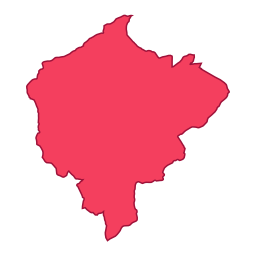 Sutatausa, Cundinamarca, Colombia (Albers equal-area conic projection)
{"feature_id": "7082276B12130404370303", "entity_name": "Sutatausa", "entity_type": "district", "adm_level": 2, "iso_a3": "COL", "parent_name": "Colombia", "parent_adm1": "Cundinamarca", "projection": "albers", "projection_center": [-73.854, 5.238], "detail": "fine", "context": "isolated", "style": "filled", "palette": "rose", "viewbox_px": 256, "rotation_deg": 0, "n_neighbors": 0, "source": "geoboundaries", "source_scale": "gbopen_adm2", "svg_char_len": 5697}
<svg xmlns="http://www.w3.org/2000/svg" viewBox="0 0 256 256"><path d="M225.0,83.5L224.6,82.9L220.3,79.8L214.9,77.0L201.9,69.5L201.4,69.3L201.6,69.0L201.2,68.6L199.3,67.5L201.3,63.3L196.4,63.7L194.6,63.7L192.9,64.1L192.3,64.1L190.4,64.4L190.2,64.3L190.7,63.1L191.9,62.8L193.4,60.9L193.4,60.6L193.6,59.6L193.9,58.6L194.1,57.8L194.2,57.6L194.3,57.2L194.2,55.5L194.1,54.9L193.1,55.0L190.4,54.3L188.8,54.4L187.7,55.3L186.6,55.9L184.5,56.4L183.7,56.8L183.2,57.2L182.9,57.6L181.7,59.8L179.7,62.0L178.1,63.0L173.4,66.6L172.1,66.9L172.1,61.7L172.2,57.4L172.1,56.2L170.5,55.4L168.5,55.5L165.7,56.3L162.5,56.9L159.8,58.0L159.2,58.0L158.7,57.8L158.2,57.3L157.4,56.3L156.6,55.0L155.0,52.7L154.3,52.2L153.5,51.9L152.1,51.8L151.3,51.2L150.6,50.9L149.3,50.6L148.1,50.6L146.3,51.2L145.4,51.0L143.1,49.7L142.8,49.5L142.5,49.5L141.9,49.2L141.6,48.7L141.3,48.4L138.9,47.3L138.0,46.7L137.3,46.2L135.9,44.5L134.6,43.3L134.3,42.9L134.0,42.5L132.7,41.5L131.5,40.0L127.7,35.8L127.1,35.0L126.9,34.5L126.9,33.1L126.3,29.3L126.4,26.5L126.6,25.2L127.5,23.0L127.9,22.4L128.8,21.6L129.1,21.0L129.3,18.9L130.0,18.1L130.2,17.5L130.5,17.2L131.0,16.1L131.8,15.6L131.0,15.5L129.8,15.7L127.9,16.3L126.8,16.1L125.1,15.4L124.3,15.4L123.7,15.5L120.6,17.1L118.4,17.9L116.2,18.9L115.8,19.3L115.2,20.2L113.8,21.9L110.9,23.6L110.1,23.9L109.2,24.0L107.5,24.0L107.0,24.1L104.1,25.7L104.0,28.3L103.2,31.0L103.2,31.6L103.5,32.5L103.4,32.9L103.2,33.1L102.4,33.2L101.5,33.1L96.8,34.6L95.2,35.5L93.1,36.9L92.2,37.3L91.5,37.8L89.7,38.5L89.3,38.8L88.4,39.9L87.4,40.8L86.7,41.5L84.9,42.7L84.4,43.1L83.6,44.3L83.4,44.9L83.4,45.9L82.9,46.0L82.3,46.5L80.9,47.3L79.3,47.5L78.7,47.7L77.4,48.4L76.3,49.1L75.7,50.0L75.2,50.5L73.7,51.0L72.6,51.5L70.9,52.8L70.0,53.7L64.2,56.5L60.8,57.0L59.1,57.4L57.0,57.4L55.5,57.6L55.1,57.8L52.4,60.1L50.9,60.8L49.4,61.1L47.4,61.1L44.6,61.6L43.9,61.8L42.9,62.4L42.4,63.0L42.2,63.6L42.9,65.6L43.2,66.9L43.3,67.7L43.1,68.3L42.6,68.8L42.1,69.0L40.7,69.3L40.3,69.5L38.9,70.9L38.8,73.1L38.6,73.5L38.2,73.8L37.6,74.9L37.3,76.6L37.1,78.3L36.7,78.8L36.4,78.9L34.6,79.0L32.9,79.6L32.2,80.0L30.3,81.8L27.7,84.7L26.8,86.2L26.8,87.0L26.9,88.4L27.2,89.8L27.2,91.8L27.3,92.9L29.0,96.0L29.2,97.1L29.7,97.6L30.2,97.9L30.4,98.7L31.0,98.7L31.7,99.0L34.0,99.9L34.8,101.4L35.5,102.9L36.6,106.0L37.7,108.4L38.0,109.3L37.9,111.5L38.1,112.4L38.6,113.1L38.6,113.4L38.5,115.7L38.6,118.1L38.3,122.7L38.6,122.8L38.9,123.3L39.1,124.0L38.4,125.6L38.4,126.0L38.2,126.8L38.2,127.2L38.5,128.1L38.4,129.9L39.3,131.2L39.6,131.7L39.7,132.3L39.4,132.8L38.0,133.2L37.8,133.4L36.7,135.6L36.1,137.3L36.0,138.2L36.5,140.0L36.8,142.3L36.8,144.0L36.9,144.4L37.3,144.7L38.8,145.4L39.7,145.9L40.1,146.3L41.3,148.2L42.3,150.1L42.7,151.0L43.0,152.2L43.0,153.9L42.9,155.2L42.3,157.3L43.5,158.9L44.9,161.2L45.7,162.0L46.6,162.6L46.9,162.7L49.2,162.8L51.5,163.2L52.9,164.6L53.8,165.7L54.6,166.5L55.2,167.4L56.1,168.3L56.2,168.6L56.7,173.2L57.0,174.2L57.2,174.4L58.0,175.0L60.1,175.7L62.2,176.8L63.1,177.1L63.9,177.0L64.4,176.8L66.6,175.4L67.4,173.0L67.7,172.4L68.1,171.8L68.8,171.1L70.7,173.3L71.9,174.5L73.6,175.9L75.5,178.6L76.3,178.9L78.0,178.9L78.5,179.1L80.1,179.3L81.7,179.8L82.9,179.7L82.2,180.6L80.3,181.9L79.6,183.0L79.3,183.3L78.0,183.8L77.2,184.3L77.0,184.6L76.8,185.1L76.9,185.5L77.1,185.9L77.8,186.4L81.8,194.8L82.4,196.4L82.6,197.4L83.9,198.0L84.0,198.3L84.1,199.2L84.0,199.7L83.4,201.0L83.1,202.6L82.5,206.2L82.4,208.4L85.2,207.7L86.8,209.5L90.3,212.2L91.0,212.5L92.0,212.7L93.0,212.5L95.3,214.9L97.3,215.0L97.4,214.8L98.3,213.6L99.0,213.4L100.1,213.3L101.3,213.0L102.4,212.5L103.5,211.6L103.4,212.8L103.5,215.2L104.3,217.0L104.7,219.8L105.5,221.8L105.6,223.8L106.6,225.7L106.0,229.1L105.3,232.6L105.4,234.6L105.9,237.7L106.7,239.1L107.5,240.6L109.9,238.9L115.3,236.2L116.4,235.2L117.2,234.4L119.0,232.2L120.2,230.5L121.1,228.4L122.2,226.9L122.8,226.4L123.6,226.0L124.5,225.8L128.4,225.6L129.3,225.3L130.1,224.9L131.9,223.1L133.0,222.4L136.0,221.1L136.9,220.3L137.2,219.3L137.2,217.3L136.4,213.9L136.4,213.5L136.6,212.8L137.0,212.2L137.0,211.1L136.6,210.0L135.5,209.3L134.8,208.0L134.2,205.4L134.0,202.7L134.5,201.0L134.7,199.7L134.6,198.8L134.2,197.5L134.2,195.6L134.5,193.9L134.3,191.5L134.4,190.3L135.0,189.1L135.2,185.8L135.3,185.1L135.5,184.4L136.1,183.0L136.6,182.5L137.2,182.1L138.3,181.7L139.4,182.0L142.2,183.3L142.8,183.3L144.5,182.6L145.4,182.4L146.5,182.3L149.9,182.4L151.3,182.3L152.6,181.7L154.5,180.4L155.0,180.3L155.6,180.4L156.1,180.8L156.4,180.9L159.8,180.5L161.5,180.4L162.4,180.2L163.2,179.6L163.3,179.2L163.2,178.5L162.9,178.1L162.8,177.7L162.8,177.1L163.1,176.5L164.2,175.4L164.3,174.9L164.3,174.4L162.7,172.4L162.7,172.2L163.8,169.4L164.4,168.1L164.9,167.5L166.5,166.1L167.7,165.2L172.5,162.8L172.8,162.3L173.2,161.4L173.5,161.1L174.3,160.6L175.6,160.6L177.0,159.7L177.8,159.5L178.5,159.7L179.3,160.4L179.7,160.4L180.8,160.1L182.5,159.4L183.0,159.1L183.5,158.6L184.2,157.6L184.8,154.8L184.8,153.8L184.3,153.2L183.9,153.1L183.8,152.7L184.2,152.0L184.5,150.4L184.8,149.7L184.8,148.9L185.0,148.4L184.6,147.9L184.3,147.8L184.2,147.6L183.8,146.2L182.7,144.6L180.8,141.4L177.8,136.9L177.7,136.7L177.8,136.2L178.1,135.8L179.7,134.8L180.2,134.3L181.8,134.1L183.7,132.5L184.0,132.0L185.8,130.5L190.6,127.6L191.9,127.0L192.9,126.9L195.6,127.1L196.6,127.3L197.6,127.6L198.7,127.7L199.7,127.4L202.9,126.0L203.8,125.2L206.2,122.7L206.7,122.2L207.1,121.4L207.5,119.4L207.8,118.7L208.1,118.0L208.6,117.5L211.5,115.1L215.0,111.8L216.7,109.3L217.0,108.2L217.5,107.4L217.8,107.0L218.9,106.4L219.1,106.1L220.7,102.7L221.5,101.7L224.7,99.1L226.3,97.6L227.0,96.5L227.4,95.7L227.6,95.0L227.7,93.6L229.2,92.1L229.2,91.8L229.1,91.4L227.4,88.6L226.7,85.9L226.4,84.9L225.7,84.0L225.2,83.6L225.0,83.5Z" fill="#f43f5e" stroke="#9f1239" stroke-width="1.5"/></svg>